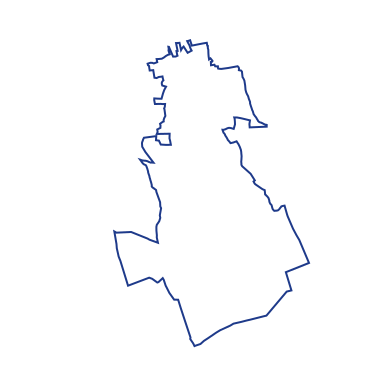 Tixcacalcupul, Yucatán, Mexico (Robinson projection), rotated 338°
{"feature_id": "50627088B72641444034530", "entity_name": "Tixcacalcupul", "entity_type": "district", "adm_level": 2, "iso_a3": "MEX", "parent_name": "Mexico", "parent_adm1": "Yucatán", "projection": "robinson", "projection_center": [-88.305, 20.412], "detail": "fine", "context": "isolated", "style": "outline", "palette": "blue", "viewbox_px": 384, "rotation_deg": 338, "n_neighbors": 0, "source": "geoboundaries", "source_scale": "gbopen_adm2", "svg_char_len": 5782}
<svg xmlns="http://www.w3.org/2000/svg" viewBox="0 0 384 384"><g transform="rotate(338 192 192)"><path d="M273.9,301.6L273.5,276.6L272.7,271.4L271.9,263.8L271.6,250.4L271.7,248.7L272.7,239.3L271.2,239.0L270.7,238.9L270.1,238.9L269.5,238.8L269.2,239.0L268.6,239.4L267.4,240.0L266.9,240.4L266.3,240.7L265.7,240.9L265.2,241.1L264.8,241.2L264.0,241.1L263.4,241.0L263.1,240.8L262.7,240.7L262.4,240.6L261.7,240.5L261.5,240.4L261.1,240.1L260.5,238.4L260.4,237.8L260.5,236.9L260.6,235.9L260.8,234.6L260.8,233.7L260.5,232.9L260.2,232.4L260.1,231.3L260.1,230.2L260.1,229.9L260.4,229.3L260.5,228.3L260.6,227.2L260.7,226.5L260.6,226.1L260.4,225.3L260.3,225.0L260.2,224.5L260.0,224.0L259.6,223.3L259.4,222.6L259.3,222.3L259.2,222.1L258.9,221.7L259.0,221.4L260.1,217.5L258.7,216.1L258.2,215.5L257.6,214.6L253.9,209.0L253.4,208.1L253.2,207.4L253.1,206.4L253.0,205.3L254.6,204.8L253.2,197.1L249.5,189.6L248.2,187.0L248.0,185.8L248.2,184.6L248.5,184.1L248.7,183.3L249.1,182.1L249.7,181.0L251.4,177.4L252.3,174.3L252.6,173.5L253.1,171.3L253.2,168.1L253.0,165.1L252.7,163.9L252.3,161.7L249.3,161.6L248.7,161.6L248.4,161.5L247.8,161.4L246.9,161.3L246.0,161.1L245.7,159.8L245.2,158.4L245.1,158.1L244.9,157.6L244.7,157.1L244.7,156.2L244.6,155.1L244.4,153.9L244.3,153.4L244.1,152.5L244.0,151.9L244.1,151.0L244.0,150.5L243.8,149.7L243.5,149.0L243.4,148.5L243.5,148.1L243.5,147.9L243.5,147.1L243.5,146.6L243.5,146.4L243.6,145.7L244.4,146.1L244.7,146.2L246.3,146.3L246.6,146.4L247.7,146.2L248.2,146.2L248.8,146.2L249.0,146.2L249.5,146.2L250.0,146.3L250.4,146.4L250.8,146.6L251.2,146.8L251.5,147.0L252.3,147.5L252.8,147.9L253.0,148.1L253.4,148.4L254.3,149.1L257.2,145.4L258.1,142.9L258.7,141.0L259.0,139.9L259.1,138.7L261.7,139.8L264.4,141.5L266.0,142.6L272.6,147.3L270.7,150.5L269.7,153.7L285.7,159.4L286.4,157.8L285.9,157.4L285.1,157.0L284.6,156.4L283.8,155.6L283.1,154.6L282.5,154.1L282.2,153.7L281.9,153.4L281.6,153.3L281.0,152.8L280.6,152.4L280.3,151.8L279.9,151.0L279.8,149.8L279.7,149.0L279.5,148.5L279.5,147.7L279.3,146.6L279.1,146.0L278.9,145.5L278.8,145.0L278.3,142.9L278.4,142.2L278.5,141.0L278.6,140.4L278.6,139.3L278.5,138.5L278.6,137.6L278.7,136.0L278.8,134.1L279.0,131.7L279.2,131.1L279.4,130.8L279.6,129.8L279.6,128.9L279.6,128.3L279.6,127.7L279.6,127.3L279.6,126.9L279.7,126.1L279.8,125.3L279.9,124.4L279.8,123.0L279.7,122.6L279.6,121.2L279.6,119.8L279.9,117.3L281.2,113.1L282.3,108.3L282.2,106.2L282.1,105.4L281.9,104.5L282.1,103.7L283.4,99.1L283.0,97.8L281.1,96.6L281.9,95.0L281.9,93.7L281.4,92.5L272.1,90.6L265.4,88.9L264.1,88.3L262.5,87.4L262.6,86.2L263.0,85.5L263.1,85.2L260.6,84.2L260.5,82.4L257.1,81.6L258.2,78.5L259.4,78.7L260.1,78.2L259.9,77.3L259.2,75.0L257.5,75.5L258.2,72.5L259.1,69.7L260.4,66.2L260.6,64.4L261.4,62.5L261.0,62.1L261.6,59.2L258.0,58.4L252.9,57.4L248.7,56.6L246.7,56.2L247.1,50.6L245.1,50.5L244.1,50.3L244.2,51.9L244.6,55.2L244.4,57.4L244.4,58.7L244.6,60.8L240.1,61.3L239.6,58.7L238.7,54.0L237.5,54.5L236.1,55.4L235.0,56.3L236.3,49.0L235.4,48.8L234.8,48.5L234.3,48.5L234.0,48.3L233.0,47.9L231.5,55.8L230.4,55.5L229.7,58.9L229.6,60.2L227.7,60.3L225.2,59.4L225.0,50.3L225.0,48.8L224.5,48.5L224.1,50.4L223.2,52.1L222.9,56.0L221.0,55.8L218.8,56.1L216.2,56.8L213.9,57.1L210.9,56.2L209.0,55.5L208.4,58.6L204.8,58.5L203.6,57.4L201.8,56.6L198.9,56.4L198.7,58.0L199.4,59.1L198.9,60.8L198.3,63.5L201.7,64.5L200.0,72.0L201.9,73.1L204.2,72.9L206.5,73.5L207.9,73.8L207.5,75.8L207.3,77.8L206.4,78.1L205.4,78.8L204.8,79.6L204.5,80.5L204.3,82.1L207.4,84.6L204.5,87.0L202.0,89.8L198.7,94.1L195.8,92.9L192.1,91.1L191.4,92.6L190.6,96.5L192.6,97.3L195.8,98.5L197.8,99.5L200.0,100.3L198.7,102.8L197.4,104.2L197.5,104.8L196.5,108.7L195.8,111.5L193.9,113.1L192.6,114.7L192.2,116.0L191.0,116.0L187.9,116.8L187.7,118.6L186.7,120.7L183.2,121.0L182.6,123.5L181.1,125.0L193.1,129.6L191.2,133.9L190.9,136.3L190.1,140.3L187.4,139.3L185.8,138.7L180.8,136.3L180.6,132.0L178.0,130.5L179.8,126.8L167.8,123.7L167.3,124.1L166.8,124.6L166.3,125.0L165.8,125.7L164.4,127.2L163.9,128.0L162.8,131.4L163.8,137.7L164.1,138.7L167.3,150.4L166.7,150.1L166.1,149.8L165.4,149.5L164.6,149.2L164.3,148.9L164.0,148.6L163.2,147.9L162.9,147.6L162.7,147.3L162.6,147.1L162.0,146.6L161.5,146.2L160.6,145.6L160.1,145.3L159.3,145.0L158.7,144.6L158.1,144.3L157.4,143.8L156.6,143.1L156.0,142.6L156.2,143.4L156.3,143.7L156.4,144.1L156.5,144.5L156.6,145.0L156.7,145.6L156.9,146.2L157.0,146.6L157.1,146.9L157.1,147.1L157.5,147.7L157.7,148.2L158.1,148.7L158.8,149.4L159.2,149.8L159.4,151.3L159.3,152.2L159.3,152.8L159.3,153.0L159.3,153.5L159.2,154.2L159.1,155.3L159.1,155.6L159.0,156.2L158.9,156.9L158.7,157.3L158.6,158.0L158.6,158.9L158.5,159.3L158.5,159.6L158.5,159.9L158.5,160.4L158.5,160.9L158.3,161.9L158.1,162.9L158.1,163.8L158.0,164.5L157.9,165.0L157.8,166.0L157.8,166.7L157.7,167.1L157.7,167.7L157.5,169.0L157.4,169.8L157.3,170.5L157.1,171.0L156.8,171.5L156.8,171.8L156.8,172.1L157.0,172.6L157.1,172.9L157.3,173.4L157.8,173.8L158.0,174.3L158.4,175.1L158.8,175.6L159.2,176.3L159.4,176.6L159.4,177.0L159.2,177.6L159.0,178.8L158.6,189.5L157.2,193.5L157.3,195.4L153.4,201.6L152.9,204.1L150.7,206.8L149.1,207.9L147.1,209.2L145.9,211.0L144.5,214.6L143.2,219.0L142.3,221.0L141.4,226.3L134.7,220.3L133.4,218.6L120.6,206.3L106.7,201.4L106.1,200.6L105.2,199.5L102.5,211.9L101.2,216.0L100.5,220.3L99.8,224.4L99.8,229.2L99.7,230.2L97.6,254.9L120.2,255.4L122.6,257.6L125.9,262.9L127.1,263.0L132.6,260.9L132.9,262.9L132.5,269.0L132.7,270.9L133.2,277.1L135.1,285.1L138.8,286.7L138.1,295.3L137.2,308.9L136.1,326.3L135.3,327.6L135.7,329.6L136.4,332.8L136.6,335.8L138.0,335.8L142.9,336.1L147.3,334.5L151.9,333.6L161.1,331.6L162.1,331.4L166.4,330.7L177.5,330.2L181.1,329.6L189.1,330.9L194.5,331.6L198.2,332.2L211.3,334.0L214.7,334.5L242.5,319.8L247.3,320.5L249.0,301.5L273.9,301.6Z" fill="none" stroke="#1e3a8a" stroke-width="2"/></g></svg>